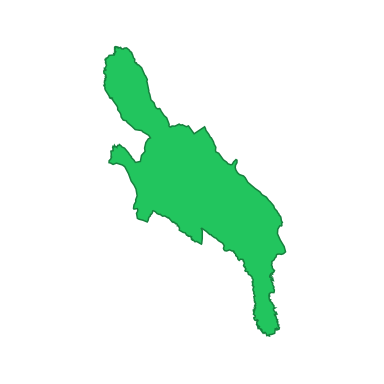 outline of Formosa, Goiás, Brazil, rotated 146°
{"feature_id": "56859067B22046801738806", "entity_name": "Formosa", "entity_type": "district", "adm_level": 2, "iso_a3": "BRA", "parent_name": "Brazil", "parent_adm1": "Goiás", "projection": "equal_earth", "projection_center": [-47.205, -15.286], "detail": "fine", "context": "isolated", "style": "filled", "palette": "green", "viewbox_px": 384, "rotation_deg": 146, "n_neighbors": 0, "source": "geoboundaries", "source_scale": "gbopen_adm2", "svg_char_len": 5988}
<svg xmlns="http://www.w3.org/2000/svg" viewBox="0 0 384 384"><g transform="rotate(146 192 192)"><path d="M245.9,192.2L244.4,192.9L242.0,195.1L239.8,195.5L238.9,196.6L238.1,196.3L236.5,196.9L235.2,198.3L234.6,198.2L233.4,196.1L233.0,193.6L231.8,191.8L230.6,191.1L230.6,190.1L229.9,188.4L227.9,187.3L226.3,183.8L225.7,183.8L225.1,178.1L224.4,177.9L224.5,177.3L223.4,176.6L223.5,175.6L223.2,174.6L222.5,174.4L222.4,173.1L223.1,172.2L222.3,171.5L222.5,169.2L223.9,167.5L221.9,163.4L220.4,161.9L220.6,159.3L220.1,159.0L219.9,157.7L219.5,157.8L219.3,156.9L218.0,156.2L217.5,155.1L218.2,154.9L218.2,153.1L218.8,153.2L218.6,151.8L217.8,151.5L217.4,149.1L215.8,148.4L213.4,143.5L212.9,143.7L209.5,147.7L205.2,154.0L204.7,156.5L204.1,156.4L202.1,151.2L201.1,146.9L199.9,145.8L200.1,145.2L198.9,141.7L197.8,140.2L197.3,136.9L195.2,132.5L195.4,129.3L197.4,127.8L197.8,126.4L197.6,125.0L196.2,123.7L193.2,123.0L191.7,120.5L191.0,120.3L190.4,119.3L191.0,118.7L190.6,115.9L191.3,114.7L190.6,112.5L191.4,111.0L191.4,110.0L191.1,108.9L189.4,109.2L187.5,107.6L187.6,106.7L188.1,106.4L187.8,105.9L188.4,103.6L190.5,102.1L190.5,100.5L189.9,100.2L190.4,99.3L190.3,98.1L192.0,97.3L192.1,96.5L190.4,94.8L191.3,92.1L190.1,90.4L190.2,89.7L189.8,89.1L189.7,88.2L190.4,86.7L190.2,85.3L191.6,83.8L192.3,83.8L192.1,83.0L192.7,82.8L193.2,81.4L194.1,81.0L193.8,80.2L194.2,79.4L193.8,78.8L195.9,77.3L196.5,75.9L196.5,74.4L197.5,73.6L198.0,70.5L199.2,70.7L200.5,67.7L201.1,67.1L201.1,65.7L201.6,65.7L201.5,64.0L202.5,63.3L202.7,62.6L203.2,62.9L203.9,62.5L203.8,61.1L204.2,60.4L205.3,60.9L205.5,59.6L206.2,58.9L206.9,58.6L207.1,59.2L206.7,59.8L207.2,59.9L208.0,58.0L207.7,57.5L209.4,56.4L208.8,54.0L210.0,52.8L210.9,53.3L211.4,52.5L211.6,50.8L210.4,49.1L209.5,49.8L209.1,49.1L209.2,48.4L210.5,48.1L211.6,47.3L211.9,46.0L212.5,46.1L212.6,44.7L211.9,44.4L211.4,42.7L212.4,42.4L212.9,43.3L213.6,41.8L212.0,40.8L211.1,39.1L211.7,37.7L212.1,38.3L212.0,35.2L211.3,35.4L211.0,34.6L210.4,35.0L209.9,34.7L209.7,33.1L210.3,31.1L209.5,30.9L208.3,29.3L207.7,30.6L205.7,29.4L202.5,28.6L199.7,31.8L199.4,31.2L199.1,31.8L198.2,30.9L197.8,31.4L197.6,30.7L198.2,30.0L196.6,29.6L195.4,30.6L195.6,32.3L194.4,33.2L195.2,34.0L193.5,36.4L194.2,36.9L193.0,37.8L193.1,38.5L192.6,38.4L192.9,39.7L192.1,41.4L192.4,43.6L192.1,44.4L191.1,43.3L190.2,43.9L189.8,43.5L189.6,45.1L190.2,44.9L190.5,48.4L189.9,49.4L188.0,49.4L189.0,50.1L188.4,50.4L188.0,51.9L187.6,52.1L188.0,54.3L187.5,54.7L188.3,58.4L187.2,58.6L187.9,59.9L186.9,61.8L186.1,62.0L186.4,62.8L186.0,63.4L185.5,63.0L184.7,64.5L182.6,64.5L180.4,62.8L179.7,63.3L178.5,64.7L178.3,66.7L177.2,67.3L177.0,70.2L176.1,71.2L176.2,72.8L175.4,75.4L174.9,75.0L174.7,73.8L174.1,73.1L173.9,73.9L174.4,74.3L173.2,75.4L175.1,77.9L174.7,78.8L174.2,79.1L173.1,78.0L173.1,79.8L172.4,80.1L171.2,78.9L170.6,80.3L170.0,79.8L168.4,80.1L168.1,80.9L167.5,81.0L167.9,82.0L167.9,84.0L167.0,85.6L167.1,86.8L165.5,88.2L164.8,89.7L161.8,89.9L160.2,90.9L158.7,91.1L157.0,92.7L156.0,92.7L154.1,91.6L152.8,90.3L150.6,89.7L147.9,90.1L146.1,95.3L145.7,102.8L144.5,109.6L141.7,113.2L138.1,114.9L136.7,113.8L136.1,114.1L135.2,115.9L134.1,116.2L134.0,118.1L132.4,121.5L132.3,122.5L132.7,124.0L132.3,124.9L132.5,127.2L132.2,128.7L132.8,132.2L132.0,134.9L132.6,140.3L133.1,142.3L133.2,146.1L135.5,150.7L135.6,154.1L137.7,159.5L140.3,168.8L139.9,174.1L140.3,176.5L142.9,179.9L143.5,182.6L143.3,185.8L142.5,188.1L140.9,189.9L138.4,191.1L136.9,193.2L137.4,194.3L140.7,193.7L143.3,192.4L144.6,192.9L146.4,195.2L146.6,197.5L148.0,201.2L148.2,209.2L149.8,211.9L149.2,213.5L147.2,215.8L146.9,219.2L146.1,221.7L145.7,226.1L146.2,227.0L145.8,230.5L146.0,235.4L145.3,237.2L145.1,239.0L157.7,239.1L158.0,248.8L160.2,249.3L162.5,253.3L163.8,253.5L164.7,255.5L169.3,256.1L171.4,257.7L172.6,258.1L173.2,257.7L173.9,258.2L174.1,259.0L174.1,259.8L173.1,260.9L171.5,267.7L172.4,270.9L172.4,276.2L172.0,278.6L172.3,279.5L173.8,279.9L174.7,281.6L174.6,283.8L173.6,287.1L174.5,291.4L172.4,296.6L171.8,299.5L171.2,300.0L167.8,308.2L167.9,308.9L166.3,310.0L166.1,310.6L165.6,314.3L165.8,315.4L164.3,323.1L165.2,327.2L166.1,328.1L165.9,330.1L166.5,330.1L166.8,332.0L165.2,334.1L165.5,335.9L164.5,339.2L164.6,340.4L164.1,340.7L164.3,342.7L164.8,343.2L164.6,344.6L165.6,348.0L167.8,349.2L168.9,348.9L170.3,350.1L170.3,351.6L170.8,351.4L172.7,353.9L172.9,353.2L174.1,355.3L175.0,355.4L175.5,354.9L175.1,354.6L175.3,354.0L175.8,354.1L176.1,353.3L176.8,353.1L176.8,351.2L177.4,351.4L177.3,350.8L178.7,350.6L178.8,349.8L179.4,349.4L179.7,350.0L180.0,349.2L184.3,351.6L186.8,350.5L187.4,350.8L188.3,350.4L188.6,350.8L189.5,350.0L189.8,350.5L190.2,350.2L190.4,348.5L191.2,348.0L191.1,347.1L191.7,346.8L192.0,344.9L194.5,343.3L195.4,343.6L195.4,341.9L195.1,341.5L195.5,341.1L196.5,342.2L197.6,341.5L198.6,339.6L198.1,338.8L198.4,337.8L198.0,337.3L199.1,335.2L199.5,335.6L199.7,334.8L201.0,334.5L200.9,333.3L201.7,332.8L202.2,333.2L203.4,331.8L204.3,329.4L205.4,329.8L205.7,327.1L206.3,326.6L206.8,325.2L207.0,318.0L207.6,316.1L207.1,315.2L206.9,316.0L205.6,314.4L206.1,314.0L205.9,313.4L206.3,312.2L206.1,305.3L206.3,303.8L207.6,301.7L207.3,298.4L207.6,296.1L208.8,293.8L208.8,290.1L206.7,287.8L206.8,285.9L205.1,280.0L204.2,275.5L199.3,271.0L199.2,269.5L196.2,263.3L196.2,260.1L198.5,260.5L202.6,258.8L206.8,254.9L208.2,251.9L213.4,250.6L217.7,246.2L222.1,248.0L222.4,248.8L222.3,250.7L223.0,254.6L222.5,255.1L222.9,258.6L222.7,259.4L223.4,266.1L224.9,268.5L225.0,270.0L225.7,272.0L226.5,271.5L227.6,272.2L228.3,271.6L229.2,271.7L229.5,271.1L230.2,272.7L230.2,274.0L231.2,273.0L231.9,274.1L232.9,273.3L232.9,272.3L233.4,272.1L234.3,270.4L236.4,271.2L237.8,268.5L239.5,266.4L239.2,265.9L241.1,264.7L243.2,264.3L244.4,262.7L243.4,261.7L242.0,259.0L238.5,258.2L234.6,253.3L233.6,250.6L234.4,242.7L236.3,235.1L236.2,230.1L236.8,225.7L239.6,219.5L243.1,217.0L244.0,215.4L247.2,213.8L249.7,211.1L249.7,210.3L246.6,208.8L246.8,207.7L248.0,206.3L249.9,205.4L252.0,200.7L251.1,199.0L248.4,196.0L245.9,192.2Z" fill="#22c55e" stroke="#15803d" stroke-width="1.5"/></g></svg>